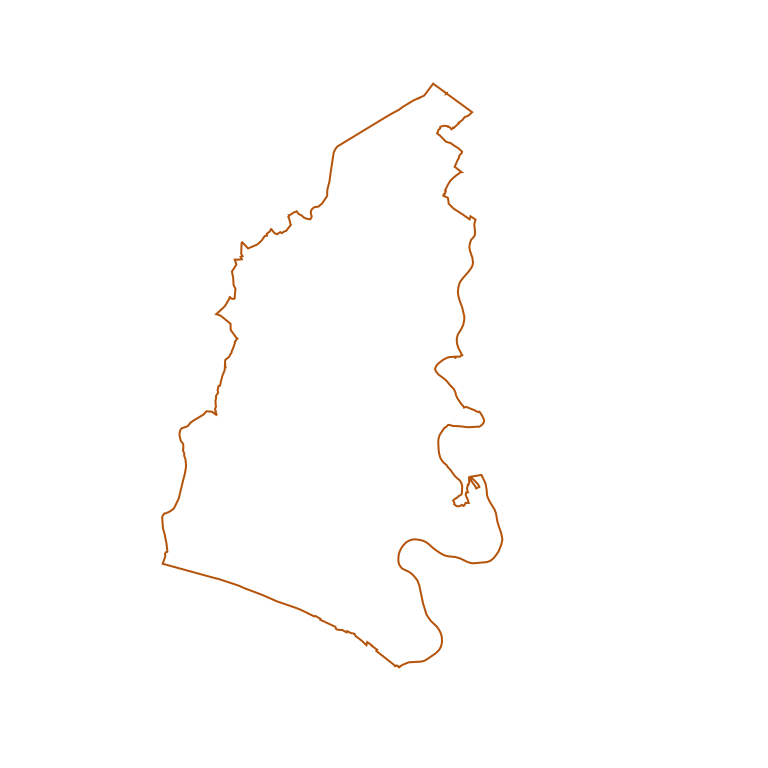 outline of Voorst, Gelderland, Netherlands, rotated 35°
{"feature_id": "6326949B12732314693238", "entity_name": "Voorst", "entity_type": "district", "adm_level": 2, "iso_a3": "NLD", "parent_name": "Netherlands", "parent_adm1": "Gelderland", "projection": "equal_earth", "projection_center": [6.089, 52.237], "detail": "fine", "context": "isolated", "style": "outline", "palette": "amber", "viewbox_px": 768, "rotation_deg": 35, "n_neighbors": 0, "source": "geoboundaries", "source_scale": "gbopen_adm2", "svg_char_len": 6165}
<svg xmlns="http://www.w3.org/2000/svg" viewBox="0 0 768 768"><g transform="rotate(35 384 384)"><path d="M364.7,196.8L358.7,197.0L359.7,200.0L350.9,200.0L340.4,200.4L333.5,199.2L332.3,197.7L329.5,194.8L324.6,195.8L324.2,194.7L324.2,194.0L324.8,193.9L324.1,190.6L323.1,190.7L322.0,184.3L321.8,179.5L322.4,175.9L323.3,172.5L325.3,166.7L326.1,166.0L317.3,165.5L315.7,157.5L315.8,156.2L314.9,154.5L314.8,152.5L315.2,150.2L314.6,148.8L309.3,148.2L304.8,148.5L300.4,148.4L296.0,150.0L287.2,148.4L283.6,148.2L283.6,146.6L282.8,144.6L283.4,142.6L282.6,141.1L282.7,140.9L284.6,138.5L285.9,137.5L288.6,136.2L288.9,136.6L290.3,136.0L293.2,136.6L293.5,134.4L294.2,134.4L295.8,127.5L295.3,127.4L296.8,122.7L297.0,119.0L298.8,116.6L299.4,115.0L300.3,110.8L276.3,110.3L268.7,110.2L268.6,110.4L268.5,109.8L268.1,110.3L268.0,110.1L252.0,109.8L251.5,124.7L247.8,130.9L248.1,130.8L247.9,131.1L247.3,131.7L245.9,134.1L244.1,137.9L240.2,146.7L239.0,150.7L235.4,157.8L231.1,167.2L209.6,216.1L209.4,219.0L209.8,222.0L210.2,223.6L218.7,240.8L223.2,249.5L226.1,257.3L229.6,262.7L229.8,272.1L229.2,273.4L228.8,275.6L228.0,277.0L226.2,278.3L225.5,279.2L224.9,281.1L224.7,282.7L224.9,284.0L225.5,285.3L226.9,286.8L228.7,288.2L229.1,289.7L229.1,291.5L225.6,293.1L222.4,293.6L219.6,293.1L217.6,293.6L216.2,293.6L213.4,292.6L211.5,295.7L209.8,300.1L209.4,300.3L209.9,300.6L209.8,302.1L211.4,302.9L215.9,306.9L216.4,307.0L216.0,314.9L215.1,315.7L213.7,319.1L212.0,319.0L211.1,320.8L210.9,322.1L210.4,322.6L208.5,323.2L206.0,322.8L203.2,321.8L202.6,321.9L203.0,324.6L201.8,328.2L203.1,329.7L201.4,331.2L201.5,336.3L200.7,340.5L199.9,342.9L194.9,350.9L186.6,349.2L186.4,350.1L192.3,359.2L194.8,360.5L193.6,362.0L196.0,363.4L192.9,366.0L190.4,367.7L194.2,370.5L194.6,371.0L194.9,379.1L199.6,383.6L204.0,389.2L207.7,391.2L212.6,399.7L212.2,400.4L210.1,401.5L207.0,401.1L208.3,401.8L209.0,410.9L208.7,413.3L206.5,423.0L211.0,421.7L223.8,422.7L227.4,427.7L236.5,430.8L237.9,430.9L237.6,432.3L237.8,433.2L237.6,434.6L237.9,435.4L238.5,436.2L239.1,438.7L239.6,439.9L239.7,440.8L240.2,442.1L240.2,443.5L241.2,446.1L241.2,448.5L241.6,450.7L240.9,452.5L240.2,455.4L241.7,458.1L242.7,458.9L243.2,460.1L243.6,460.4L243.3,460.4L245.6,464.2L247.0,470.3L247.8,472.1L248.4,474.2L250.5,479.1L250.6,479.6L249.8,480.4L249.7,480.9L251.2,484.4L253.1,486.2L253.2,490.0L254.9,492.5L255.5,494.4L257.2,496.4L257.7,497.2L259.3,498.8L260.0,501.6L262.0,502.8L262.0,503.6L264.3,504.8L264.3,505.5L259.5,505.4L259.3,505.2L254.2,508.2L253.7,512.5L248.6,523.9L247.9,526.3L247.5,526.8L247.7,527.7L247.3,531.3L244.0,535.9L243.6,537.0L243.6,538.4L244.3,540.6L245.6,543.0L249.5,546.6L250.7,547.3L253.9,548.3L256.5,551.7L257.1,553.3L257.5,553.8L259.6,555.0L260.5,555.8L261.5,557.4L264.6,559.6L267.9,563.4L269.9,566.5L272.5,572.1L274.6,577.9L281.6,595.7L283.3,606.5L281.7,611.3L279.5,615.0L278.4,615.9L278.2,618.3L278.8,620.5L285.8,629.1L290.2,632.6L297.1,639.2L302.1,644.8L302.7,645.8L301.9,646.7L301.9,648.3L302.3,649.2L303.7,650.5L305.8,658.2L358.0,639.6L360.3,638.6L375.9,633.9L381.2,632.4L387.7,631.1L404.9,626.7L420.8,623.5L441.8,617.5L446.6,616.5L460.2,614.4L460.7,613.4L466.6,612.8L467.0,613.7L483.5,610.8L485.1,612.1L486.5,612.1L490.0,610.1L490.6,609.5L495.8,608.9L495.4,608.0L495.5,607.6L500.0,606.9L503.0,605.5L505.0,606.7L513.3,607.1L519.4,608.0L518.3,605.0L524.1,605.1L524.1,605.5L530.9,605.6L530.8,607.1L553.1,608.3L554.9,608.9L555.6,607.4L557.1,607.1L557.0,607.4L559.0,607.4L559.5,605.2L560.3,603.4L563.9,597.8L573.5,590.2L575.5,588.0L576.8,585.6L580.9,574.7L581.5,571.3L581.6,569.0L581.4,567.1L580.6,564.4L579.2,561.6L576.7,558.4L575.2,557.0L572.8,555.2L569.9,553.7L566.7,552.5L558.3,551.2L553.6,549.6L550.8,548.3L541.8,541.3L528.4,528.7L523.7,525.6L519.0,524.2L515.8,523.6L512.6,523.5L504.8,524.8L502.3,524.2L499.9,523.1L498.2,521.7L496.2,519.3L494.1,515.6L493.3,513.4L492.6,510.7L492.3,507.9L492.4,505.3L492.7,502.3L493.5,499.7L495.3,496.4L497.3,494.4L498.5,493.4L503.4,490.9L506.7,489.8L509.3,489.5L511.4,489.4L518.3,490.2L522.6,490.4L527.9,490.2L531.8,489.7L535.3,488.4L541.1,485.1L542.8,484.4L547.0,483.1L554.6,481.9L557.5,481.0L560.1,479.6L570.4,470.9L572.2,468.4L572.9,466.8L573.7,463.6L573.9,461.3L573.9,455.6L572.4,449.1L571.0,445.2L570.0,443.3L567.3,440.6L565.2,438.7L559.7,434.7L555.8,431.7L549.9,425.7L546.5,423.4L538.2,419.8L534.0,417.4L532.2,416.0L528.8,411.8L524.0,407.1L516.0,402.6L508.5,409.9L510.0,410.7L513.3,411.1L518.9,412.3L521.1,413.6L519.4,416.7L517.6,415.6L511.2,413.3L507.5,411.3L507.2,411.7L508.1,412.8L508.6,413.8L509.8,414.8L510.9,417.6L511.0,418.5L510.5,418.6L510.6,418.8L511.9,421.9L513.8,423.9L514.9,424.6L513.5,425.8L514.2,427.3L514.8,428.2L519.1,430.8L521.6,432.9L519.0,434.6L519.3,435.9L519.2,438.2L517.0,438.4L516.6,439.7L515.3,441.5L513.3,442.4L510.5,442.3L509.9,441.0L507.5,439.8L507.9,437.8L509.1,435.1L509.6,432.6L510.6,430.9L510.7,429.5L510.5,428.9L506.8,423.0L504.6,421.0L501.8,419.6L495.5,418.9L491.0,417.5L488.7,416.5L484.0,415.5L481.6,414.5L478.0,414.2L475.9,413.7L472.3,412.1L468.9,409.2L467.1,407.3L461.6,400.3L460.0,397.5L459.3,395.5L458.8,393.4L458.6,386.3L458.8,384.9L459.5,383.8L460.0,380.8L461.3,379.8L463.6,379.3L464.0,378.9L464.9,378.6L470.4,375.1L477.5,371.3L482.7,367.3L483.9,366.1L486.5,364.5L487.2,363.1L487.9,359.5L487.8,358.6L487.0,356.6L485.9,355.6L482.6,353.7L478.1,351.9L476.7,353.2L472.7,353.7L465.3,355.4L464.0,356.1L463.0,357.5L462.7,357.3L462.5,356.9L458.5,356.0L451.9,353.4L449.2,351.7L447.5,350.0L444.1,348.1L440.5,347.3L440.3,347.5L433.7,345.6L430.1,345.2L423.3,345.0L419.3,343.9L418.3,343.1L417.2,342.6L416.5,339.5L416.5,337.9L416.8,336.4L416.7,336.1L418.7,329.8L419.7,328.2L420.2,326.9L421.6,325.0L425.8,321.4L427.4,321.7L427.6,321.4L427.0,320.5L430.6,318.0L430.6,316.9L431.6,315.6L424.1,311.8L421.1,309.4L419.4,307.6L417.5,304.9L416.5,302.3L416.0,300.3L415.8,295.1L415.1,290.5L413.3,286.2L412.1,284.1L410.8,282.4L404.1,276.4L397.6,271.9L394.2,269.0L392.3,266.9L391.0,265.1L388.8,260.5L387.8,256.9L387.8,253.2L388.9,242.7L388.9,238.6L388.6,236.7L388.0,234.9L387.1,233.3L384.2,230.1L377.6,225.2L375.2,222.6L373.5,219.1L372.7,215.7L373.2,211.4L373.0,210.0L371.2,206.9L366.4,201.5L364.7,196.8Z" fill="none" stroke="#b45309" stroke-width="2"/></g></svg>